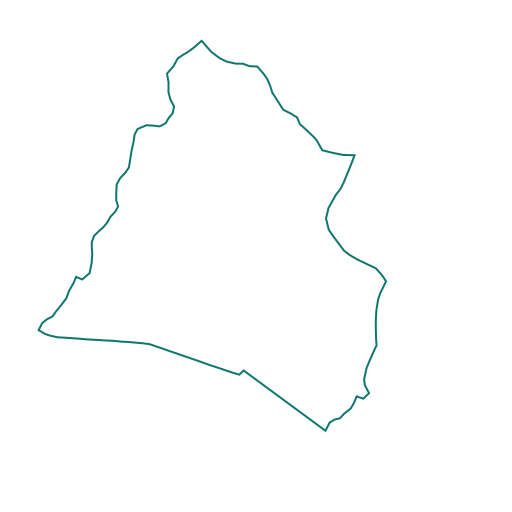 the district of Cajueiro da Praia, Piauí, Brazil, rotated 28°
{"feature_id": "56859067B66814431717617", "entity_name": "Cajueiro da Praia", "entity_type": "district", "adm_level": 2, "iso_a3": "BRA", "parent_name": "Brazil", "parent_adm1": "Piauí", "projection": "natural_earth1", "projection_center": [-41.374, -2.991], "detail": "fine", "context": "isolated", "style": "outline", "palette": "teal", "viewbox_px": 512, "rotation_deg": 28, "n_neighbors": 0, "source": "geoboundaries", "source_scale": "gbopen_adm2", "svg_char_len": 1805}
<svg xmlns="http://www.w3.org/2000/svg" viewBox="0 0 512 512"><g transform="rotate(28 256 256)"><path d="M295.7,120.8L285.2,126.0L279.0,127.8L272.8,129.6L264.8,131.5L255.8,125.7L251.2,123.8L239.1,120.5L232.8,119.0L227.3,114.4L219.5,113.9L211.4,114.1L205.6,110.8L198.5,106.8L193.8,104.2L188.5,99.0L182.8,94.4L177.0,91.5L168.1,88.1L161.1,91.5L154.4,92.3L147.7,95.7L139.0,98.1L131.6,98.4L126.4,97.7L120.6,96.7L113.9,94.2L107.0,91.5L102.9,102.1L99.9,108.1L97.1,112.7L94.2,118.2L94.0,127.3L91.8,136.8L97.3,143.8L101.7,152.3L106.8,157.9L113.4,162.4L115.4,169.0L114.1,175.5L113.9,181.1L110.2,186.7L104.1,189.1L97.9,192.0L91.8,199.5L91.8,205.7L94.5,213.4L96.8,221.8L100.0,230.9L102.2,237.6L101.5,243.9L99.5,250.9L99.4,258.2L103.1,266.1L106.5,272.5L111.0,277.0L110.9,283.0L109.1,289.4L108.9,296.7L107.6,302.5L105.4,308.3L103.6,314.3L104.4,320.5L106.8,325.2L110.2,330.6L114.1,339.1L117.1,349.2L113.6,358.3L107.0,358.9L107.6,365.8L107.3,374.7L108.4,382.5L106.8,392.0L105.4,399.2L104.7,404.9L101.2,409.9L98.7,415.6L98.9,423.5L106.2,423.9L111.0,423.1L118.8,421.0L127.7,416.9L133.8,414.2L139.0,411.9L144.0,409.8L150.0,407.1L156.3,404.1L163.3,401.0L170.8,397.4L177.2,394.9L182.7,392.3L188.5,389.8L197.1,386.2L203.4,383.8L239.1,378.2L247.7,376.8L261.4,374.7L266.6,374.0L276.6,372.2L287.8,370.4L297.0,368.6L298.8,362.9L399.4,377.7L399.2,368.6L402.1,363.7L406.3,359.8L407.8,354.0L411.2,346.2L411.5,339.8L410.8,332.7L417.7,331.6L420.2,324.0L413.0,319.2L409.4,314.3L406.2,302.9L405.3,293.4L404.7,284.9L404.4,278.3L401.6,273.9L396.6,265.2L392.1,256.8L387.7,247.3L384.2,237.0L383.2,230.7L382.7,217.3L375.9,213.6L367.5,210.6L348.1,211.5L338.4,211.2L331.3,210.0L316.4,203.0L308.0,198.7L300.2,190.0L297.5,179.6L297.8,164.5L299.1,157.3L298.9,149.6L296.7,128.1L295.7,120.8Z" fill="none" stroke="#0f766e" stroke-width="2"/></g></svg>